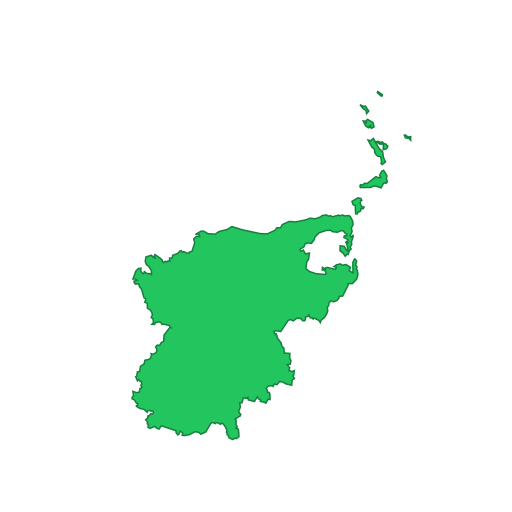 Thessalias, Thessalia, Greece, rotated 297°
{"feature_id": "26713481B23289270995723", "entity_name": "Thessalias", "entity_type": "district", "adm_level": 2, "iso_a3": "GRC", "parent_name": "Greece", "parent_adm1": "Thessalia", "projection": "orthographic", "projection_center": [22.955, 39.583], "detail": "fine", "context": "isolated", "style": "filled", "palette": "green", "viewbox_px": 512, "rotation_deg": 297, "n_neighbors": 0, "source": "geoboundaries", "source_scale": "gbopen_adm2", "svg_char_len": 6082}
<svg xmlns="http://www.w3.org/2000/svg" viewBox="0 0 512 512"><g transform="rotate(297 256 256)"><path d="M179.6,156.8L180.6,158.5L180.5,161.1L178.1,158.7L176.8,159.8L176.2,161.3L177.9,164.1L175.8,166.2L174.3,169.3L167.9,175.2L167.7,177.4L164.3,177.9L164.5,180.6L160.2,182.9L159.8,186.4L158.6,188.6L156.4,190.5L153.7,190.4L153.1,192.8L150.3,194.8L147.9,194.2L148.9,196.6L151.3,196.9L153.5,199.9L153.5,201.6L152.3,203.3L153.5,205.0L154.6,210.0L153.6,212.6L153.3,211.7L143.8,209.9L138.3,212.4L135.2,210.7L132.7,210.8L131.8,208.5L129.6,207.8L127.2,210.6L124.4,210.8L121.7,208.8L121.3,206.9L120.6,207.8L117.2,208.4L115.3,207.5L112.6,204.3L109.2,205.3L105.2,203.1L100.3,204.8L98.9,202.9L95.0,204.2L93.8,203.6L90.9,207.1L92.7,207.5L91.6,209.8L92.2,210.9L89.8,212.3L88.4,212.1L87.5,213.9L86.2,213.9L85.4,212.7L81.5,213.8L80.0,211.4L79.5,207.7L75.9,210.4L74.0,209.7L72.5,210.4L72.6,213.0L70.5,216.4L70.8,217.6L69.2,218.2L68.2,217.4L67.7,218.1L67.5,221.7L68.5,226.0L67.3,229.9L68.6,229.7L70.1,231.1L70.0,233.0L71.0,233.8L70.5,235.5L68.6,235.8L67.5,233.7L65.5,233.6L64.5,232.3L62.1,233.1L60.0,232.0L58.9,234.8L57.2,235.2L56.7,236.9L54.4,237.4L54.2,239.7L58.2,243.2L57.4,246.1L57.9,248.3L61.4,248.6L61.9,249.8L64.0,264.0L62.3,265.0L61.1,267.6L63.0,268.3L65.4,267.8L65.3,270.8L62.7,271.7L63.5,273.7L66.8,278.0L71.7,281.4L72.9,285.0L72.2,287.8L76.4,291.1L86.9,291.8L88.0,293.3L88.2,295.9L89.4,296.1L90.0,297.8L89.9,300.8L91.7,301.4L91.4,303.3L89.4,306.9L87.1,309.5L85.7,309.5L85.2,310.7L83.7,311.3L83.5,312.8L81.7,314.7L81.9,318.5L84.1,320.1L84.4,321.5L87.3,322.8L91.0,320.7L93.8,318.7L93.5,316.3L95.5,316.8L96.4,315.0L100.6,312.9L101.2,311.3L106.4,314.6L108.1,314.2L108.7,312.2L110.2,311.0L114.3,310.7L117.6,308.2L118.9,310.2L124.0,309.1L124.8,312.3L126.4,312.9L124.3,314.5L125.6,320.6L131.2,321.2L129.9,323.1L129.8,325.4L128.4,325.9L129.5,330.0L129.3,331.6L133.9,331.8L134.5,333.7L139.3,331.1L140.4,329.7L139.8,327.9L141.4,327.2L142.6,325.3L145.3,325.6L147.4,328.5L147.5,330.4L150.2,330.4L150.9,333.1L154.7,334.0L155.9,337.0L155.6,340.7L157.1,346.5L161.9,344.5L164.3,345.9L165.8,343.3L167.0,343.7L171.3,342.2L169.7,341.0L168.8,337.4L171.8,336.7L173.4,333.1L175.3,335.7L178.6,334.6L180.4,332.3L184.6,330.4L182.4,325.2L186.6,322.7L187.3,320.1L189.9,318.0L192.8,312.0L194.9,310.6L194.9,309.0L195.8,309.1L195.5,308.1L196.3,306.6L197.3,306.4L198.8,308.4L199.9,312.3L213.2,313.9L215.0,315.5L215.1,318.7L219.4,320.8L220.6,323.9L219.6,327.0L220.1,328.5L221.6,329.0L224.1,327.7L225.8,329.8L227.4,329.8L225.5,332.6L226.4,333.8L225.7,335.5L227.1,336.0L227.1,341.4L225.8,343.5L228.4,343.2L232.0,344.9L236.2,345.3L239.5,344.9L242.6,342.9L245.2,343.2L247.5,342.3L250.3,343.4L250.2,345.6L252.8,348.2L256.0,349.1L257.8,348.4L259.6,351.4L271.6,351.4L273.1,350.5L275.2,354.5L281.1,356.2L285.7,355.3L289.4,352.6L289.7,351.4L292.2,350.9L293.3,348.8L297.0,348.1L298.3,345.8L298.1,345.1L294.2,345.2L285.0,350.1L285.1,345.9L288.8,345.3L289.3,340.2L286.9,336.9L287.3,334.8L284.7,331.7L281.9,330.3L282.5,332.8L280.1,332.8L278.2,324.7L277.1,323.5L275.8,323.7L276.1,320.4L273.6,321.3L274.4,323.7L272.8,326.2L271.0,326.1L267.5,317.5L266.5,310.9L267.3,306.2L273.7,303.9L276.8,304.4L282.9,302.3L280.4,299.1L282.8,295.4L280.8,294.4L281.1,292.7L282.3,292.4L286.1,294.6L289.1,294.2L291.5,296.7L292.4,299.7L297.2,300.5L299.4,299.9L305.2,301.6L310.5,306.8L312.8,310.7L312.4,313.1L314.1,317.7L317.4,320.5L318.0,322.5L316.6,325.4L316.8,327.2L315.3,327.6L314.0,325.5L312.4,325.9L312.4,330.5L311.3,330.9L309.0,329.7L308.6,330.2L309.6,331.8L307.8,331.5L303.5,335.0L302.1,335.4L302.0,334.5L304.7,330.2L303.3,326.3L298.7,328.5L298.1,332.3L296.3,335.6L298.8,336.3L299.1,337.4L303.2,336.9L305.4,337.6L306.6,335.9L310.0,336.0L311.8,334.6L317.5,333.8L318.4,333.0L315.9,332.1L316.8,330.6L321.3,330.6L324.4,328.2L327.9,328.3L330.9,326.4L333.6,322.8L334.3,320.6L332.0,316.9L331.8,314.4L330.0,312.7L330.0,311.1L325.6,306.3L325.8,304.0L324.6,303.0L324.5,299.9L322.0,296.5L320.2,295.9L316.0,291.8L314.2,286.9L310.9,284.1L304.4,275.9L301.9,269.9L296.0,265.2L292.2,265.0L290.5,261.7L287.6,261.3L280.8,256.0L277.8,249.4L273.1,231.8L271.3,221.1L266.5,218.2L261.1,212.0L256.9,209.6L254.1,203.0L254.4,198.2L253.3,195.8L247.7,192.2L249.7,194.9L247.8,197.0L246.6,194.1L243.0,192.7L239.9,195.4L231.2,196.8L229.1,194.8L228.2,195.1L227.1,193.1L227.2,189.6L225.8,188.8L226.9,186.9L226.1,186.0L222.6,185.0L218.8,181.4L216.2,182.3L214.8,179.9L212.3,181.6L211.8,179.9L210.2,179.1L210.0,177.3L208.3,176.9L208.6,174.7L209.7,174.4L210.5,172.1L211.4,165.3L209.5,165.3L208.4,167.0L208.1,165.0L209.2,162.5L205.3,158.4L201.1,159.6L198.6,162.1L198.0,165.1L195.3,169.6L192.0,171.3L192.2,169.7L190.9,167.0L191.4,163.6L189.3,163.9L188.9,162.9L190.2,160.2L192.9,159.1L191.5,156.9L188.1,155.8L179.6,156.8ZM381.1,326.8L371.0,322.1L370.1,319.7L367.5,318.8L367.0,316.7L365.1,317.0L364.4,318.0L369.3,327.3L371.3,328.5L372.7,331.0L373.5,336.6L378.3,336.6L379.4,337.2L379.8,338.9L381.7,339.4L384.1,337.1L386.9,336.3L390.3,330.8L388.7,329.6L385.3,329.4L383.8,329.6L382.6,331.5L381.5,330.1L381.1,326.8ZM401.9,324.6L406.2,321.7L407.7,316.8L414.0,307.2L410.7,305.7L410.2,303.2L405.5,309.9L405.1,312.8L401.9,315.0L400.7,317.3L400.2,319.3L401.1,321.9L397.1,325.0L395.3,325.3L394.7,326.9L398.5,328.7L401.9,324.6ZM354.9,323.3L354.0,320.3L348.2,316.7L345.8,319.2L346.0,321.5L338.8,325.6L339.5,327.2L341.1,326.9L343.3,328.7L346.0,328.0L346.6,329.9L348.2,330.2L348.7,329.9L348.0,328.0L350.1,324.9L352.7,324.2L353.6,325.0L354.9,323.3ZM424.4,294.6L425.6,291.9L425.0,290.2L421.7,294.6L421.2,297.9L421.9,298.5L423.3,297.9L424.4,298.9L423.0,299.3L422.1,300.8L424.6,302.6L428.0,299.7L428.4,293.4L426.0,292.5L424.4,294.6ZM412.6,311.4L411.8,315.1L413.5,318.8L408.5,321.1L410.8,323.6L413.6,323.7L414.7,320.8L414.2,319.1L415.0,316.5L413.7,315.8L413.7,312.9L412.6,311.4ZM436.3,290.7L439.2,285.4L438.2,284.0L438.0,280.0L435.9,284.6L435.6,287.9L433.1,289.9L436.3,290.7ZM429.4,341.2L432.6,339.6L431.1,337.4L431.6,334.1L431.0,333.3L429.1,335.4L430.2,339.1L429.4,341.2ZM457.8,289.8L456.6,289.9L455.3,295.0L455.8,295.7L457.1,295.4L457.8,289.8Z" fill="#22c55e" stroke="#15803d" stroke-width="1.5"/></g></svg>